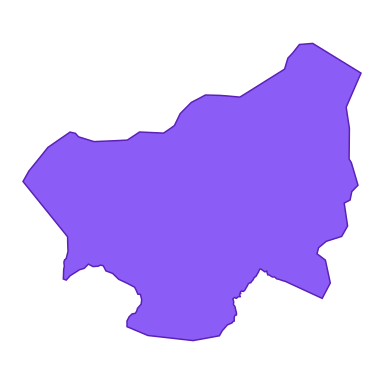 Nasarawa Egon, Nassarawa, Nigeria (Equal Earth projection), rotated 180°
{"feature_id": "59680162B44675208679717", "entity_name": "Nasarawa Egon", "entity_type": "district", "adm_level": 2, "iso_a3": "NGA", "parent_name": "Nigeria", "parent_adm1": "Nassarawa", "projection": "equal_earth", "projection_center": [8.399, 8.72], "detail": "fine", "context": "isolated", "style": "filled", "palette": "violet", "viewbox_px": 384, "rotation_deg": 180, "n_neighbors": 0, "source": "geoboundaries", "source_scale": "gbopen_adm2", "svg_char_len": 1991}
<svg xmlns="http://www.w3.org/2000/svg" viewBox="0 0 384 384"><g transform="rotate(180 192 192)"><path d="M23.0,310.9L71.3,340.6L84.6,339.5L91.3,331.0L96.1,325.9L99.4,314.9L144.1,286.9L157.2,288.1L164.1,288.6L178.6,289.0L187.2,284.4L188.7,283.7L192.8,281.5L203.8,270.4L209.6,258.4L216.0,253.9L220.5,250.9L229.2,251.3L244.5,252.0L256.7,243.9L268.7,243.3L290.0,242.4L297.2,244.6L305.5,247.2L308.6,250.7L314.0,251.9L336.1,236.6L342.3,228.8L355.1,213.0L361.0,202.5L316.4,147.2L316.3,140.7L316.0,132.6L317.8,125.5L319.5,124.0L320.1,121.7L319.7,117.8L320.3,114.8L320.7,105.0L317.8,103.9L313.7,108.4L307.0,112.6L304.4,114.3L299.8,115.6L295.6,119.9L291.0,117.4L285.9,117.8L283.4,118.9L280.7,118.2L278.1,113.1L271.4,110.6L265.3,104.7L256.2,100.4L249.4,96.8L248.0,94.1L246.1,89.8L243.6,89.6L242.3,84.3L242.9,79.8L246.5,75.7L247.3,72.9L248.7,70.7L251.9,70.1L254.8,67.3L257.0,63.1L257.0,57.3L236.1,48.5L218.3,46.5L191.7,43.5L191.0,43.4L188.3,43.9L184.9,44.5L180.4,45.3L168.5,47.5L164.6,48.2L161.8,53.2L156.6,59.1L152.0,61.1L150.9,62.5L149.7,63.0L149.8,64.2L149.8,66.4L149.4,67.9L148.7,68.9L147.6,69.0L147.5,70.3L147.7,71.9L148.3,73.9L148.7,76.1L149.2,77.7L150.4,79.1L150.5,79.9L150.4,81.0L150.3,82.5L151.1,85.1L149.7,86.4L149.1,86.5L148.1,85.7L147.4,85.8L146.2,87.1L143.7,87.4L143.8,87.9L144.4,88.6L144.4,89.3L144.3,90.0L143.8,90.2L143.3,90.4L143.7,91.8L142.7,92.9L140.6,92.6L139.4,93.5L138.1,95.7L136.6,98.3L135.9,99.9L134.6,101.1L133.3,101.2L132.3,102.7L131.3,103.7L130.5,105.0L129.9,106.3L128.0,107.7L126.9,109.7L125.6,111.8L124.7,113.9L124.0,115.0L123.1,114.9L119.2,112.2L118.3,112.4L117.3,112.9L116.9,111.3L116.3,109.2L115.7,109.2L114.2,108.7L113.2,107.9L111.5,107.0L109.5,107.1L107.2,105.1L105.5,104.8L102.0,103.6L98.4,102.5L61.8,85.6L53.7,101.0L58.6,123.9L67.0,130.2L65.4,136.3L57.7,142.7L42.3,147.6L36.4,158.0L39.8,180.9L33.9,184.0L32.2,192.4L26.0,198.8L30.4,213.7L32.7,221.5L34.9,224.9L34.6,255.8L36.7,269.3L37.8,276.8L23.0,310.9Z" fill="#8b5cf6" stroke="#5b21b6" stroke-width="1.5"/></g></svg>